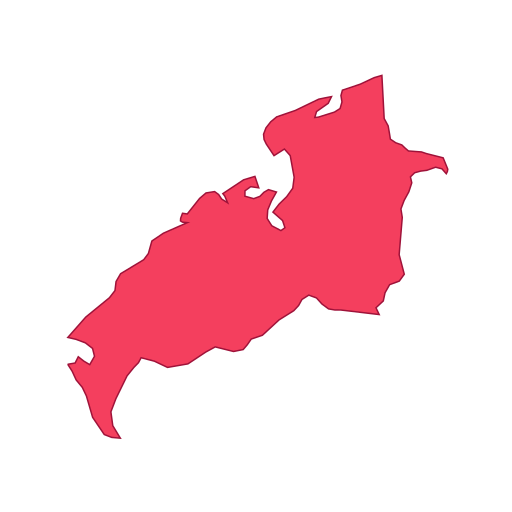 map outline of Trikuṇāmalaya (Albers equal-area conic projection), rotated 261°
{"feature_id": "LKA-2454", "entity_name": "Trikuṇāmalaya", "entity_type": "District", "adm_level": 1, "iso_a3": "LKA", "parent_name": "Sri Lanka", "parent_adm1": "", "projection": "albers", "projection_center": [81.128, 8.569], "detail": "fine", "context": "isolated", "style": "filled", "palette": "rose", "viewbox_px": 512, "rotation_deg": 261, "n_neighbors": 0, "source": "natural_earth", "source_scale": "10m", "svg_char_len": 2041}
<svg xmlns="http://www.w3.org/2000/svg" viewBox="0 0 512 512"><g transform="rotate(261 256 256)"><path d="M178.5,53.0L178.6,60.6L184.3,64.7L179.2,69.4L174.7,74.8L182.2,80.8L190.3,80.1L196.9,73.9L201.8,65.3L205.0,57.4L222.3,78.3L237.7,104.7L243.9,111.3L252.7,113.8L259.7,119.5L269.9,144.5L272.5,147.2L275.3,150.1L287.1,155.5L293.0,168.1L299.7,193.4L300.9,188.7L302.5,186.9L305.1,187.5L309.7,190.1L308.3,194.7L321.7,209.3L326.1,216.5L326.1,225.2L322.6,228.7L317.6,231.0L313.0,236.3L316.6,235.4L320.1,234.5L321.0,234.0L322.8,233.0L333.2,255.7L334.8,267.4L322.9,269.4L325.3,261.6L322.1,255.3L316.8,254.4L313.0,262.7L314.3,269.2L317.7,273.8L319.6,278.7L316.0,286.2L313.2,284.0L308.0,279.9L299.7,274.8L291.3,272.9L283.4,276.3L277.2,284.6L279.4,289.0L286.8,287.8L296.7,279.6L303.6,286.9L309.8,295.6L317.2,302.9L327.8,306.0L349.8,305.5L357.2,300.8L352.3,289.5L364.9,283.7L369.8,282.2L375.1,282.5L381.0,285.9L386.3,291.6L390.2,298.2L393.6,317.6L401.1,342.5L401.4,349.0L401.6,355.5L395.5,351.2L389.2,338.4L383.6,335.7L383.4,339.2L385.7,354.9L385.9,356.1L388.5,362.1L391.7,363.6L394.7,365.0L401.2,365.0L406.3,367.3L409.4,385.8L413.1,398.6L413.7,400.8L414.7,408.6L371.7,404.1L363.8,406.9L356.4,407.0L350.4,407.0L346.0,411.7L342.9,417.4L339.2,420.2L335.9,423.0L332.9,435.7L330.5,440.3L323.7,456.2L311.7,459.0L309.4,458.2L307.5,456.8L313.0,453.3L315.6,447.3L313.9,438.1L314.1,431.9L313.4,425.7L310.0,420.9L303.9,421.3L295.5,417.0L287.7,411.0L279.8,406.5L271.2,406.5L234.9,397.6L214.8,399.6L208.8,393.6L206.8,383.5L199.5,377.7L191.7,374.7L186.1,366.4L178.9,368.5L189.4,331.3L190.4,325.3L192.4,319.4L198.3,313.6L205.1,309.2L209.1,302.0L205.9,294.6L200.4,290.3L196.1,284.8L189.3,268.8L176.7,249.9L174.7,238.3L169.6,233.4L165.6,228.7L165.2,218.9L172.6,201.5L169.0,191.4L160.1,171.9L159.8,151.2L168.0,139.2L173.5,126.6L169.0,123.2L165.1,118.0L157.8,109.9L137.0,95.3L124.8,88.3L110.8,88.0L97.3,93.5L99.4,85.1L103.4,78.2L122.2,69.4L144.3,66.6L153.4,63.9L161.7,59.0L170.9,56.4L178.5,53.1L178.5,53.0Z" fill="#f43f5e" stroke="#9f1239" stroke-width="1.5"/></g></svg>